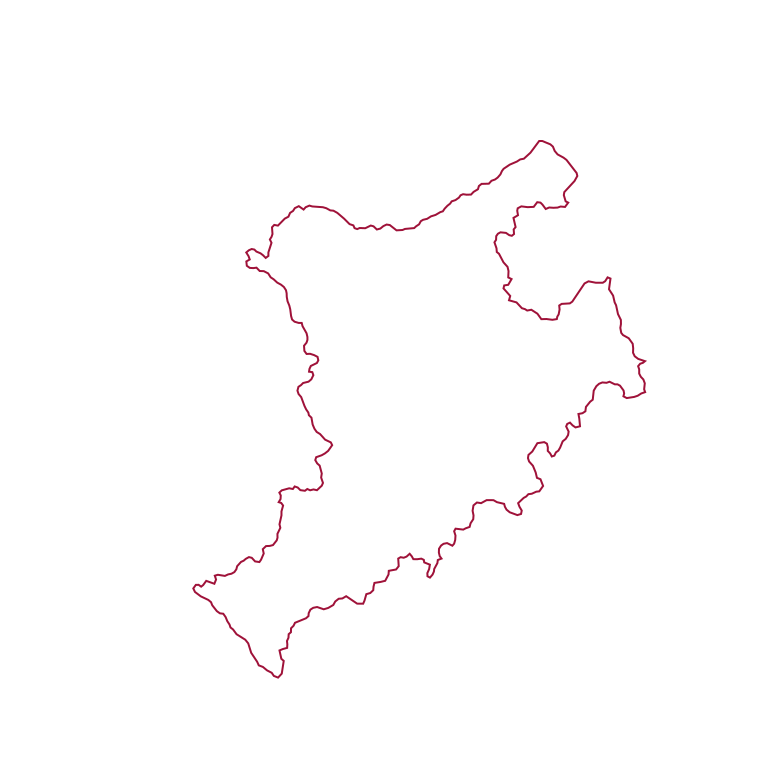 Jucuruçu, Bahia, Brazil, rotated 135°
{"feature_id": "56859067B84461120097776", "entity_name": "Jucuruçu", "entity_type": "district", "adm_level": 2, "iso_a3": "BRA", "parent_name": "Brazil", "parent_adm1": "Bahia", "projection": "albers", "projection_center": [-40.091, -16.878], "detail": "fine", "context": "isolated", "style": "outline", "palette": "rose", "viewbox_px": 768, "rotation_deg": 135, "n_neighbors": 0, "source": "geoboundaries", "source_scale": "gbopen_adm2", "svg_char_len": 6159}
<svg xmlns="http://www.w3.org/2000/svg" viewBox="0 0 768 768"><g transform="rotate(135 384 384)"><path d="M183.3,215.6L186.5,222.0L187.1,226.3L185.8,230.0L182.5,233.1L179.7,236.6L178.6,243.3L180.4,249.6L180.1,252.4L177.2,256.6L174.1,258.8L171.2,261.8L169.1,268.0L164.2,275.6L163.2,278.6L159.5,284.5L157.9,291.9L149.3,298.4L150.5,301.3L154.9,300.3L157.7,300.9L162.6,305.8L166.8,312.0L171.1,313.3L192.6,309.1L195.6,309.6L201.7,315.0L204.6,315.6L207.2,312.5L211.3,309.7L213.8,309.1L215.9,307.7L219.5,310.3L223.2,315.1L226.9,318.6L225.8,325.2L227.3,332.3L230.8,334.7L231.4,337.3L232.9,340.1L232.6,348.0L236.4,354.8L232.5,357.0L231.9,367.1L229.3,368.7L226.0,366.3L219.6,368.0L220.8,371.5L216.1,375.8L213.8,379.5L213.5,385.5L210.6,394.8L210.9,397.6L208.5,400.4L205.7,406.1L202.8,406.7L200.1,409.2L197.2,409.7L194.4,408.9L190.9,404.6L190.2,400.7L188.8,398.4L186.0,398.1L183.0,401.6L180.0,401.9L175.0,409.9L169.9,408.6L167.3,412.3L165.2,413.7L161.3,412.5L157.4,407.5L152.9,403.4L147.1,404.2L145.1,401.6L145.1,398.8L145.9,393.4L142.4,392.0L139.6,388.8L136.5,386.0L133.6,384.6L130.8,381.2L125.5,382.0L126.4,384.7L123.3,390.4L120.8,392.2L105.8,392.8L100.2,394.4L98.6,397.0L96.5,413.4L97.0,417.1L98.9,423.6L98.5,428.1L96.7,432.4L96.9,435.8L100.3,444.0L102.4,446.1L116.9,444.0L125.8,444.4L128.9,446.5L132.7,447.3L140.0,450.2L147.2,451.6L150.0,451.2L153.5,449.9L157.7,449.6L160.9,450.1L164.3,451.7L168.2,451.5L173.5,456.5L176.9,456.9L179.8,455.3L184.8,456.5L188.5,456.4L191.7,459.4L193.9,462.3L196.4,463.3L199.2,462.8L203.4,463.5L207.0,465.3L209.7,464.8L213.1,465.2L217.1,465.1L220.3,464.5L222.6,465.7L228.0,467.1L232.2,469.3L236.7,470.3L240.3,472.5L242.9,473.1L246.3,472.1L249.7,472.8L252.4,472.9L259.5,478.8L262.0,479.8L266.5,483.8L267.5,492.3L269.4,494.9L272.8,496.1L276.7,496.5L279.8,498.3L279.9,502.9L281.3,505.4L287.1,507.4L290.9,511.5L293.4,512.5L294.6,515.0L293.5,517.8L295.3,521.4L295.3,529.2L296.0,538.0L297.2,542.3L299.2,544.7L300.5,549.1L302.2,552.2L309.2,560.3L310.6,562.9L314.4,564.4L317.5,564.2L318.5,570.0L322.7,571.4L325.9,570.7L329.4,571.4L333.3,569.9L337.2,571.1L347.0,571.0L349.1,574.1L352.4,574.0L356.8,568.9L359.4,567.6L362.5,566.9L363.7,563.4L372.7,558.8L375.2,556.3L378.5,556.8L378.5,560.6L378.9,563.7L380.6,567.9L380.6,570.7L382.1,573.0L384.9,574.1L388.4,574.4L389.4,570.1L390.9,567.0L394.7,568.0L397.4,564.6L396.8,561.0L394.4,558.3L391.9,556.4L392.0,551.8L389.2,548.8L387.7,544.1L388.7,539.6L388.0,536.1L387.8,531.2L386.6,527.1L386.2,523.4L387.0,519.6L388.7,517.0L391.2,514.3L393.7,510.7L395.5,506.4L397.5,503.1L401.6,497.8L403.4,494.6L403.2,491.3L401.2,487.6L399.0,485.4L400.7,482.5L402.9,474.6L404.9,471.4L407.0,469.3L409.6,468.0L413.5,467.6L416.9,463.7L417.5,460.0L414.9,457.6L413.0,453.9L411.8,450.2L413.7,447.2L416.6,446.3L423.0,448.5L426.0,447.4L428.3,445.7L426.3,443.1L427.7,440.2L432.1,438.7L435.7,439.0L440.5,441.9L443.5,441.9L446.5,442.5L449.9,440.5L451.5,437.3L451.8,433.3L455.7,424.8L457.0,421.1L457.7,417.3L459.2,415.0L459.1,411.5L463.1,405.8L464.8,401.6L465.5,397.7L464.6,393.8L465.0,386.3L462.9,380.3L463.9,377.4L470.8,376.2L474.9,376.7L478.5,377.7L483.7,380.2L486.4,378.8L487.4,375.1L487.2,371.8L491.3,364.7L494.6,362.3L497.1,357.2L499.9,356.1L506.5,356.3L508.4,359.3L511.4,361.1L512.5,364.0L515.4,364.4L518.2,368.1L518.2,371.8L519.6,374.7L522.7,374.2L524.8,377.3L531.5,381.1L534.8,381.2L535.8,378.2L538.5,375.8L542.0,374.9L540.8,372.5L541.3,369.4L546.6,366.4L549.4,363.6L557.1,358.7L559.0,355.6L565.3,353.4L568.0,350.6L570.4,349.3L576.4,348.6L579.3,350.3L582.0,352.8L586.5,352.9L588.9,349.2L595.2,346.7L598.0,346.2L600.6,349.7L600.4,354.6L601.9,357.1L605.4,358.1L608.2,358.3L610.9,359.3L616.7,359.0L619.4,357.4L622.8,356.8L626.0,357.7L628.9,359.6L632.2,360.8L636.4,366.6L639.2,368.1L641.0,364.5L645.2,362.7L648.9,370.5L654.0,369.7L656.6,370.0L657.1,373.1L659.1,375.0L663.4,374.3L664.7,370.6L663.7,363.4L660.9,355.5L660.6,352.0L661.9,349.0L662.8,341.6L662.2,337.9L660.1,335.2L660.8,331.2L662.5,327.1L663.3,323.2L664.7,320.4L664.3,317.2L665.2,311.3L662.9,301.3L663.4,296.6L668.0,287.8L670.1,277.3L671.5,273.6L669.7,269.6L669.2,264.2L667.6,259.2L668.3,255.5L666.5,251.3L661.1,251.5L650.7,259.1L650.9,262.3L646.3,269.5L642.9,268.1L639.1,265.9L636.5,268.2L634.3,270.9L631.0,272.1L628.3,274.5L625.3,274.3L622.5,277.0L618.9,277.0L615.8,278.1L604.8,273.5L601.5,273.3L599.3,275.2L595.6,276.5L592.3,275.8L589.0,273.6L585.9,267.3L581.8,265.1L576.1,263.6L572.3,264.7L567.9,264.2L565.1,261.8L560.8,260.7L558.3,247.7L554.1,243.4L551.0,244.6L545.1,247.9L541.5,245.9L537.4,245.8L534.7,248.1L531.4,250.1L526.3,246.4L522.3,244.0L515.5,246.1L512.7,248.5L506.6,244.3L502.4,244.8L497.4,250.5L494.7,249.8L492.9,247.2L490.1,246.0L485.9,245.8L486.2,242.5L487.1,239.4L484.5,236.7L481.1,234.1L480.2,231.5L481.7,229.4L479.3,223.8L483.0,221.2L487.1,219.6L489.2,217.3L488.4,214.6L484.4,214.9L481.3,216.1L479.3,217.7L472.9,219.6L470.4,221.5L466.8,219.9L466.3,222.9L464.4,226.0L461.6,228.6L457.9,229.4L454.9,228.9L451.9,226.9L450.0,221.3L447.3,221.5L443.9,223.4L440.6,226.3L438.5,230.3L435.7,231.1L430.9,225.0L428.3,224.2L424.5,222.4L421.3,224.3L416.5,225.3L413.6,227.8L411.0,231.7L406.6,234.9L402.1,234.5L399.6,231.1L393.5,229.3L388.7,224.4L387.7,220.6L383.8,214.3L385.3,211.7L386.2,208.5L385.8,204.4L382.4,197.0L379.0,195.2L376.1,197.1L375.0,201.4L373.4,204.9L365.8,204.7L363.0,203.9L359.8,204.0L357.1,201.9L352.5,200.2L350.1,198.3L343.6,199.4L340.7,206.0L342.2,209.5L339.3,214.2L336.5,220.9L336.2,226.6L334.6,229.8L332.0,231.7L326.9,231.4L317.4,233.7L311.8,229.6L311.0,226.6L312.9,223.4L315.5,220.9L315.6,217.4L316.6,214.1L314.2,212.9L310.8,214.1L307.8,213.6L304.4,214.5L298.2,217.1L294.3,216.7L290.0,217.7L287.1,219.8L285.2,225.2L282.7,226.2L279.8,225.2L279.9,221.4L279.3,217.9L275.3,215.5L270.4,221.4L267.7,225.3L264.3,223.0L260.9,222.3L257.4,225.0L250.7,225.7L247.5,225.3L240.4,231.0L235.4,232.3L231.8,232.1L228.5,230.7L225.8,227.5L222.9,226.1L221.0,220.5L219.1,218.6L218.3,215.9L219.2,210.0L220.9,207.5L223.4,206.0L222.3,202.4L216.3,198.0L212.9,196.3L208.8,195.4L205.1,193.6L203.8,196.3L199.1,200.1L197.4,203.8L197.3,207.5L196.2,210.9L193.2,213.9L191.7,216.9L188.5,217.2L186.0,215.9L183.3,215.6Z" fill="none" stroke="#9f1239" stroke-width="2"/></g></svg>